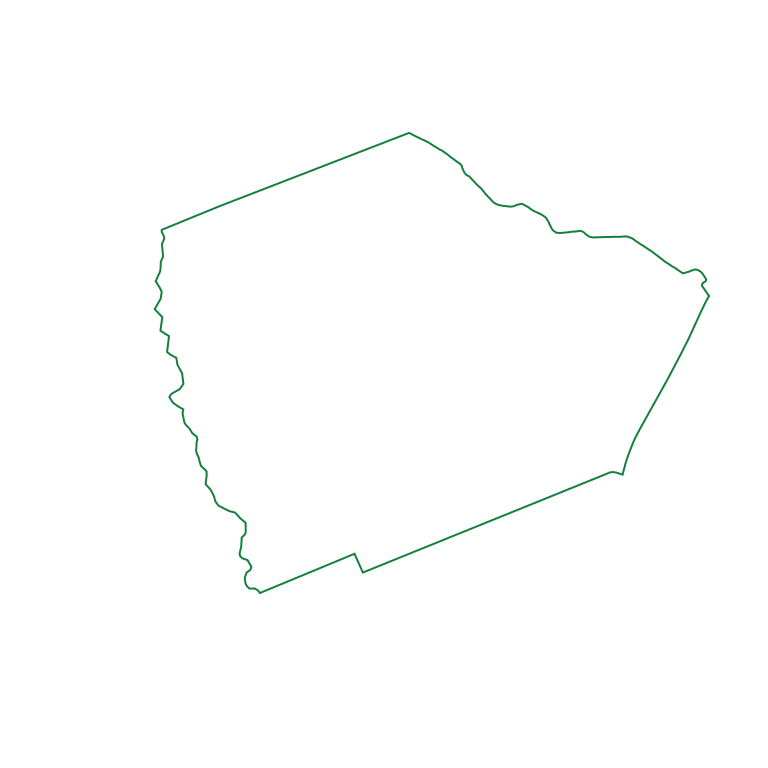 Hurlingham, Buenos Aires, Argentina (Albers equal-area conic projection), rotated 293°
{"feature_id": "61730980B67082136706980", "entity_name": "Hurlingham", "entity_type": "district", "adm_level": 2, "iso_a3": "ARG", "parent_name": "Argentina", "parent_adm1": "Buenos Aires", "projection": "albers", "projection_center": [-58.642, -34.598], "detail": "fine", "context": "isolated", "style": "outline", "palette": "green", "viewbox_px": 768, "rotation_deg": 293, "n_neighbors": 0, "source": "geoboundaries", "source_scale": "gbopen_adm2", "svg_char_len": 3202}
<svg xmlns="http://www.w3.org/2000/svg" viewBox="0 0 768 768"><g transform="rotate(293 384 384)"><path d="M143.1,351.4L216.2,423.2L202.2,438.2L391.3,627.0L392.5,629.6L393.2,632.1L393.8,639.0L406.5,637.2L414.2,636.6L423.9,636.3L428.3,636.2L432.6,636.3L443.0,637.2L500.1,643.3L528.1,645.6L544.8,646.7L573.7,647.5L584.3,648.0L592.1,648.8L593.0,647.2L598.6,638.4L600.4,637.8L602.6,638.6L603.6,639.6L604.9,640.0L606.4,639.5L607.7,637.6L608.6,636.2L610.2,634.0L611.0,632.1L611.3,630.6L611.5,628.9L611.3,626.4L610.6,625.0L608.9,623.1L606.8,621.1L604.6,618.4L602.7,616.0L603.0,614.0L603.3,612.2L603.7,610.6L604.0,609.0L604.5,607.2L604.7,605.5L604.9,603.2L605.7,599.3L606.4,594.8L607.7,590.3L609.6,582.7L610.6,579.1L610.9,576.8L611.9,571.8L612.5,568.6L613.0,564.8L613.7,562.0L614.0,559.5L614.8,557.3L615.0,554.9L614.9,550.7L613.8,547.7L612.9,546.0L612.0,544.4L610.8,541.5L609.0,537.4L607.5,534.3L606.0,530.7L605.3,529.4L604.6,527.8L602.3,522.8L600.8,519.8L600.1,517.4L599.9,515.6L600.0,514.0L600.5,512.3L601.1,510.2L601.7,508.7L601.9,506.7L601.8,505.1L600.4,502.7L598.9,500.1L598.1,498.4L596.9,496.3L595.7,494.4L594.0,491.2L593.3,489.8L592.5,488.5L591.7,486.7L591.1,485.1L590.6,483.2L591.4,479.7L592.4,477.8L593.7,476.5L595.3,474.3L597.1,472.7L598.6,470.5L600.4,468.1L600.8,466.4L601.3,464.2L601.7,460.0L601.7,457.3L601.8,453.8L602.5,450.1L603.1,448.0L603.4,444.7L603.8,441.5L603.4,439.8L601.8,437.7L600.7,436.1L598.6,434.4L596.8,431.4L596.1,429.4L595.6,427.4L594.6,424.4L593.7,420.4L593.5,416.9L593.8,414.8L594.2,413.2L595.5,410.4L597.0,406.8L598.1,404.4L598.9,402.5L599.9,401.0L600.9,399.0L601.9,397.3L602.9,394.2L603.6,392.1L605.0,389.1L605.8,387.1L607.1,384.3L608.4,381.5L608.5,379.6L608.8,377.8L609.8,375.6L612.8,372.3L613.8,371.2L615.3,370.3L616.1,368.7L616.6,367.1L617.1,364.7L617.5,362.4L618.0,361.0L618.7,357.7L619.0,356.2L619.9,353.5L620.7,350.2L621.6,345.7L621.6,343.1L622.1,341.0L622.3,339.0L622.6,336.8L623.7,330.8L623.9,328.3L624.0,325.7L624.0,323.6L624.2,320.9L624.4,316.1L624.5,314.5L624.8,311.3L624.9,308.9L482.7,162.4L439.1,119.2L437.2,119.9L434.6,123.1L431.9,125.0L426.1,124.9L415.1,130.8L409.4,130.8L403.7,132.9L400.5,133.9L389.4,133.7L385.1,139.8L382.1,143.3L375.5,145.1L363.3,143.7L358.9,153.8L345.7,157.4L344.7,162.9L344.1,167.4L328.7,171.8L327.5,176.2L326.9,182.6L321.0,186.4L314.9,194.0L305.7,199.3L299.3,197.9L292.9,192.9L290.6,191.7L288.0,191.6L284.3,197.0L283.0,202.8L282.2,209.2L278.3,210.0L275.3,212.1L272.1,214.2L270.8,215.1L268.8,217.8L267.2,221.8L265.6,224.3L263.7,226.9L263.0,229.8L262.3,232.2L259.9,233.9L256.5,234.4L253.2,235.8L249.5,236.9L246.3,239.3L244.9,241.1L243.7,242.3L240.4,244.7L237.2,247.4L235.7,251.4L235.1,253.2L234.2,254.8L230.6,256.5L223.9,258.3L222.0,259.1L219.3,265.0L218.1,266.7L214.5,271.1L210.0,274.7L207.4,279.1L206.7,287.9L206.6,291.7L207.5,297.0L205.3,302.0L204.2,304.1L203.6,306.3L202.6,309.3L202.2,310.8L195.5,313.8L192.3,314.9L189.8,314.2L187.1,313.0L178.2,316.2L173.4,317.0L171.3,317.4L169.3,319.0L168.2,321.7L168.4,324.6L168.6,327.1L164.0,333.3L160.7,333.6L158.4,332.2L156.9,331.2L151.7,331.5L149.6,332.3L146.1,334.7L144.2,337.0L143.2,340.0L143.8,341.8L145.3,345.0L144.6,349.0L143.1,351.4Z" fill="none" stroke="#15803d" stroke-width="2"/></g></svg>